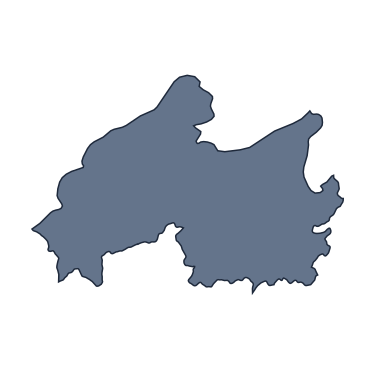 outline of Zlatiborski, rotated 101°
{"feature_id": "SRB-1505", "entity_name": "Zlatiborski", "entity_type": "District", "adm_level": 1, "iso_a3": "SRB", "parent_name": "Republic of Serbia", "parent_adm1": "", "projection": "equal_earth", "projection_center": [19.945, 43.584], "detail": "fine", "context": "isolated", "style": "filled", "palette": "slate", "viewbox_px": 384, "rotation_deg": 101, "n_neighbors": 0, "source": "natural_earth", "source_scale": "10m", "svg_char_len": 5973}
<svg xmlns="http://www.w3.org/2000/svg" viewBox="0 0 384 384"><g transform="rotate(101 192 192)"><path d="M155.1,289.6L147.4,283.4L145.3,280.4L141.8,272.8L139.3,269.3L127.2,257.2L118.6,244.9L115.2,242.5L87.1,230.5L81.7,226.1L78.4,219.0L78.3,211.3L82.4,205.1L87.0,205.1L89.5,200.6L91.4,194.6L94.3,190.2L96.5,189.6L101.8,190.4L104.2,190.3L106.6,189.0L111.3,185.4L113.5,184.8L117.0,186.8L120.5,191.0L123.4,196.1L125.1,200.6L126.7,203.0L128.4,200.7L131.0,194.9L133.5,194.7L141.3,197.7L142.9,196.7L143.3,195.6L142.7,194.4L141.3,193.0L140.3,190.2L140.0,186.5L140.4,182.6L141.3,179.5L146.6,174.6L146.2,167.5L141.4,152.7L137.3,143.9L116.4,122.5L105.5,105.9L99.3,98.3L92.2,93.2L89.9,91.8L92.2,89.6L92.6,87.7L91.7,84.4L91.7,82.5L92.8,80.0L94.6,78.5L98.8,77.2L101.8,77.0L104.5,78.0L109.6,81.4L114.9,86.1L117.6,87.6L120.5,87.5L123.6,86.6L134.4,85.9L146.1,87.0L151.1,86.6L156.0,84.9L164.4,79.0L167.9,75.4L169.6,71.0L168.1,66.0L165.6,63.8L163.7,64.5L162.5,66.0L161.7,66.8L159.8,65.4L156.5,61.5L149.8,57.9L148.6,56.2L150.9,55.6L151.4,55.2L151.9,54.6L154.1,50.9L155.2,50.0L157.5,49.3L160.5,48.2L161.4,48.2L164.9,49.1L165.5,49.1L166.8,48.6L167.7,47.7L168.4,46.1L169.4,44.5L169.6,43.8L169.7,43.2L169.5,42.3L171.3,42.0L173.2,42.1L175.7,43.1L177.3,43.6L177.9,43.9L178.9,45.5L180.7,47.0L185.3,48.2L187.1,48.8L188.1,49.6L189.4,51.0L190.6,51.8L191.5,52.0L193.3,51.9L194.4,52.4L195.7,54.0L197.6,55.7L198.2,56.6L198.5,57.8L198.9,58.5L200.7,60.4L201.4,61.3L201.8,62.5L201.8,63.1L201.4,64.5L201.4,64.8L201.7,65.5L202.4,66.1L203.6,66.4L206.6,66.6L207.6,66.4L208.3,65.9L208.6,65.5L208.9,64.5L209.0,63.8L209.0,62.3L208.7,60.8L208.0,58.3L206.5,55.1L205.4,53.7L203.0,52.2L201.9,51.2L201.4,50.6L201.3,49.9L201.7,49.4L203.1,48.5L204.0,48.2L205.2,48.1L206.3,48.4L207.1,48.9L209.2,50.9L212.1,52.5L212.6,52.6L213.4,52.2L215.1,50.5L217.7,49.5L218.3,48.6L218.9,46.6L219.5,46.0L220.5,45.8L224.5,46.2L225.9,46.5L227.4,47.3L228.8,48.2L229.3,48.9L229.2,49.9L228.1,51.3L227.9,52.0L228.4,53.1L229.5,54.6L230.8,55.8L232.8,56.5L235.7,58.0L237.2,59.2L238.2,59.6L240.8,59.9L243.0,60.4L243.7,57.6L244.4,56.4L246.0,55.4L249.5,52.8L250.4,54.0L251.0,54.4L251.9,54.6L254.2,54.7L255.1,54.8L260.3,57.8L261.9,61.6L262.1,62.6L262.0,63.1L261.7,63.8L260.3,65.6L259.8,66.9L259.7,68.0L259.8,68.5L260.4,69.9L260.5,70.6L260.2,71.4L259.1,72.6L258.9,73.4L259.1,74.2L259.5,74.7L262.2,76.9L262.9,77.9L262.9,78.4L262.7,79.0L262.1,80.0L260.0,82.3L259.1,84.9L259.0,85.5L259.1,85.8L259.5,86.1L261.2,86.7L261.5,86.8L261.7,87.2L261.6,87.9L260.8,89.2L260.8,90.1L261.1,90.6L262.1,91.5L265.5,93.5L266.4,93.8L267.3,93.8L268.0,95.6L268.7,97.1L268.9,97.8L268.9,98.4L268.7,98.9L267.7,100.1L266.1,101.3L265.7,101.7L265.5,102.0L265.4,102.9L265.9,104.0L268.0,106.9L271.4,109.7L273.9,111.0L276.1,111.8L279.5,113.3L275.5,114.2L273.9,114.3L271.5,114.1L270.6,114.3L270.0,114.6L269.3,115.4L268.2,117.3L266.7,118.7L266.4,119.1L265.6,121.4L265.6,122.6L265.7,123.1L266.1,123.8L266.8,124.5L268.5,125.4L269.2,126.0L269.5,127.1L269.4,128.2L269.2,129.0L269.2,130.1L270.9,132.5L272.6,133.7L273.4,134.5L274.0,135.3L274.3,136.0L274.4,136.6L274.2,137.3L272.6,138.9L272.1,140.0L272.0,140.5L272.7,143.3L272.5,146.3L273.0,148.1L273.0,149.3L273.1,149.8L273.6,150.6L277.0,152.8L278.2,153.5L281.0,154.6L281.4,155.0L281.5,155.3L281.7,157.5L282.3,159.3L282.3,160.1L281.3,162.1L280.5,164.2L279.2,165.9L279.1,166.6L279.3,167.1L280.2,168.1L282.4,169.7L283.1,170.4L283.5,171.3L283.5,172.2L283.3,172.9L282.2,175.0L281.6,177.0L280.6,178.2L279.6,178.7L278.6,178.5L274.8,176.4L273.1,175.9L270.3,175.5L269.7,175.5L268.2,176.0L267.6,176.0L266.6,175.8L265.9,175.2L264.6,175.2L264.6,176.1L265.2,177.1L265.2,180.5L265.0,182.1L265.3,183.8L265.2,184.3L264.5,185.3L263.1,186.3L261.2,186.8L260.1,186.7L257.6,185.6L256.5,185.6L255.5,186.1L250.2,190.6L247.7,191.9L246.9,192.4L243.7,195.9L242.9,197.7L242.2,198.3L238.8,199.5L238.1,199.6L237.3,199.4L236.5,199.0L235.1,197.7L232.3,195.6L228.9,193.6L228.5,195.3L228.4,196.9L228.6,197.9L229.3,199.4L229.4,200.0L229.4,200.6L228.8,201.6L226.9,202.7L226.4,203.1L226.0,203.6L225.8,204.1L225.8,204.6L226.0,205.1L227.0,206.8L227.8,208.4L228.1,209.0L229.1,210.0L230.1,210.8L231.7,211.5L235.0,212.0L237.6,213.2L238.2,213.8L239.0,215.9L239.7,216.5L240.8,216.8L244.8,217.0L246.7,217.6L247.5,218.2L248.0,218.9L248.2,219.6L248.6,221.8L248.8,222.3L249.1,222.8L249.9,223.6L250.3,224.5L250.3,225.1L249.9,227.2L249.9,228.6L250.1,229.3L251.4,232.0L252.6,233.9L253.4,234.8L253.7,235.2L253.6,235.4L253.4,235.5L255.0,237.9L257.5,241.1L257.8,241.6L258.5,243.9L258.9,244.5L261.0,246.7L263.1,249.3L263.3,249.8L263.6,251.6L264.8,253.7L265.3,255.1L267.3,257.6L267.6,258.1L267.8,258.7L267.6,259.7L267.3,260.2L266.4,261.1L266.3,261.5L266.3,262.4L266.6,263.1L267.4,264.3L268.3,265.1L270.2,266.2L272.1,268.2L272.7,268.4L273.5,268.4L276.0,267.1L280.4,266.6L283.4,265.3L284.2,265.1L288.4,265.0L290.0,264.8L292.3,264.0L295.5,263.4L297.1,262.7L298.0,262.8L299.9,263.5L302.0,265.7L302.5,266.9L302.6,267.9L298.9,272.8L298.2,274.4L297.4,276.0L296.9,277.6L296.1,279.7L295.8,283.0L295.6,283.8L294.5,284.7L289.9,288.0L289.2,288.7L289.0,289.3L289.8,292.1L290.4,293.0L292.6,294.0L293.7,294.8L294.2,295.5L294.9,297.1L295.2,297.6L295.8,298.0L298.4,298.9L300.4,300.5L302.6,301.5L303.1,302.0L304.5,304.3L305.7,305.8L298.4,307.0L294.3,308.9L292.7,309.9L291.8,310.3L290.2,310.5L287.8,310.5L285.3,310.4L282.9,310.1L282.2,310.3L281.8,310.6L279.8,313.1L278.8,314.5L277.2,315.7L276.5,316.6L276.3,317.1L276.3,317.6L277.2,319.4L277.3,320.0L277.3,321.1L276.9,321.8L275.8,322.4L273.4,322.1L271.8,322.5L268.4,324.1L267.4,325.0L266.3,326.4L265.0,328.3L264.2,329.6L263.4,331.5L262.3,332.9L261.9,333.8L260.7,337.0L260.3,339.8L260.1,340.5L259.7,341.1L258.9,342.0L251.8,335.3L239.4,326.9L237.3,324.9L235.8,322.3L234.6,319.5L233.1,317.4L230.5,316.5L228.5,317.6L223.7,322.3L221.3,323.7L214.4,324.3L207.5,323.8L202.7,322.1L198.5,318.8L194.7,314.0L188.7,303.5L187.0,303.4L185.4,305.0L182.7,305.9L178.3,305.4L169.2,302.8L164.9,300.7L161.4,297.6L155.1,289.6Z" fill="#64748b" stroke="#1e293b" stroke-width="1.5"/></g></svg>